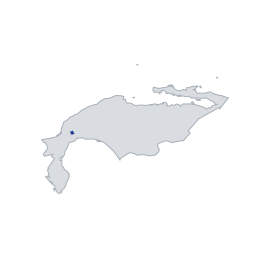 Santiago Jocotepec, Oaxaca, Mexico shown in context, rotated 127°
{"feature_id": "50627088B21737017229754", "entity_name": "Santiago Jocotepec", "entity_type": "district", "adm_level": 2, "iso_a3": "MEX", "parent_name": "Mexico", "parent_adm1": "Oaxaca", "projection": "albers", "projection_center": [-95.984, 17.649], "detail": "fine", "context": "in_parent", "style": "filled", "palette": "blue", "viewbox_px": 256, "rotation_deg": 127, "n_neighbors": 0, "source": "geoboundaries", "source_scale": "gbopen_adm2", "svg_char_len": 4078}
<svg xmlns="http://www.w3.org/2000/svg" viewBox="0 0 256 256"><g transform="rotate(127 128 128)"><path d="M43.6,66.0L57.5,66.3L56.7,67.5L77.9,77.0L94.3,78.2L94.5,75.3L104.7,76.0L106.3,78.1L113.2,84.0L114.7,88.8L115.9,90.6L122.5,94.6L124.7,93.3L126.5,89.9L128.5,89.2L133.3,90.0L137.3,93.9L139.8,99.5L144.4,104.7L144.7,107.9L146.7,111.9L157.0,115.7L158.4,115.2L155.2,125.4L154.0,137.7L154.4,140.4L157.2,144.0L156.6,145.9L156.7,143.9L154.5,140.9L155.2,143.7L157.9,149.5L162.4,155.1L163.4,158.6L166.6,162.2L165.7,162.1L167.6,162.9L167.0,162.4L170.3,162.8L172.8,164.1L174.9,166.3L180.5,164.5L184.7,164.2L187.5,162.8L190.4,162.5L191.0,163.0L190.8,163.7L193.2,164.1L194.8,163.0L194.3,161.2L193.5,161.6L193.7,161.3L198.0,158.1L198.2,155.6L199.4,154.1L199.3,150.1L200.1,147.1L203.3,145.3L209.0,144.2L211.5,143.0L214.3,142.7L219.0,143.5L219.4,142.9L218.2,142.9L219.7,142.3L221.7,143.6L222.1,145.3L221.2,147.8L218.4,151.6L218.3,154.0L216.9,155.6L217.2,156.1L218.5,155.8L217.1,157.4L217.2,158.0L218.1,157.8L216.5,164.0L216.1,164.6L215.0,163.2L214.7,160.9L213.4,163.4L212.0,163.6L210.4,166.8L208.3,166.9L208.2,167.9L196.7,168.3L196.8,172.0L194.1,172.0L200.6,177.6L200.4,179.7L192.3,179.9L189.4,185.2L190.3,186.5L189.3,190.0L183.3,184.2L178.4,180.2L175.5,178.7L175.2,179.1L177.9,180.5L173.7,179.3L174.0,178.3L172.9,178.7L172.2,177.9L171.4,178.8L172.8,179.3L170.7,179.5L168.6,180.8L162.0,183.0L157.7,181.2L154.1,180.8L151.7,179.2L149.3,178.5L147.8,177.0L141.9,175.7L134.7,172.4L130.0,169.2L128.1,167.2L123.2,166.3L118.7,164.4L115.9,161.0L109.6,157.5L106.4,153.0L105.4,150.2L108.0,149.1L107.7,147.9L106.5,147.5L108.3,145.5L108.6,143.1L107.3,142.2L106.1,139.7L106.2,137.5L105.4,135.4L101.9,131.5L98.9,126.9L94.1,122.7L95.5,123.5L95.7,122.7L93.1,121.7L91.3,118.5L92.7,118.7L88.9,116.4L88.5,115.3L87.0,115.6L86.8,115.1L87.9,114.0L86.0,114.8L85.0,113.9L84.9,111.8L86.3,110.2L86.8,110.5L86.0,108.7L84.8,107.4L83.2,107.3L82.3,104.8L80.3,104.1L79.2,103.0L78.6,100.8L79.2,99.5L75.7,98.5L70.2,91.3L69.9,89.6L69.1,89.0L65.9,80.3L65.7,77.8L66.2,77.0L63.0,75.6L62.3,74.2L61.3,73.6L60.0,74.3L55.8,71.3L56.4,73.0L55.6,76.1L56.4,78.7L56.8,83.5L61.0,88.2L62.3,91.1L63.0,91.1L63.2,92.0L63.9,92.1L64.4,94.0L65.7,94.7L66.1,98.6L68.3,100.8L69.0,103.1L70.0,103.9L70.6,106.5L71.6,107.2L71.2,105.3L72.4,106.5L73.6,112.6L75.0,114.4L76.7,118.9L76.3,120.7L76.6,122.3L78.3,124.0L79.0,122.5L83.7,128.5L83.1,130.6L81.0,132.0L79.9,132.1L78.0,127.3L70.6,120.4L69.8,120.4L68.4,118.4L68.2,117.0L68.8,114.2L68.4,111.3L67.3,109.3L63.7,106.5L63.1,104.1L62.3,105.1L60.4,105.3L59.1,103.6L55.6,101.6L55.2,100.2L52.7,98.0L52.5,97.3L55.3,97.9L56.9,97.5L56.8,98.1L58.1,98.9L57.8,97.3L57.1,97.1L58.7,94.1L54.1,87.6L50.1,84.6L49.4,83.2L49.6,81.0L48.6,80.2L48.5,77.6L47.3,76.4L47.2,74.9L45.6,72.4L45.3,71.3L46.0,70.6L44.8,69.6L43.6,66.0ZM69.9,91.3L69.3,92.8L68.0,92.2L68.7,89.9L69.6,89.8L69.9,91.3ZM64.4,90.5L62.5,88.7L62.1,86.9L63.1,87.6L63.2,88.6L64.2,88.9L64.4,90.5ZM221.3,151.0L220.8,150.5L221.0,149.7L222.3,149.1L221.3,151.0ZM68.3,120.3L67.0,118.6L68.1,115.4L67.6,118.3L68.3,120.3ZM51.9,95.7L50.8,95.4L51.7,93.7L52.1,95.1L51.9,95.7ZM34.5,88.1L33.7,86.9L33.9,86.4L34.3,86.5L34.5,88.1ZM69.5,120.4L70.3,121.8L68.6,120.4L69.5,120.4ZM100.7,141.9L100.5,142.4L100.1,142.2L99.9,141.3L100.7,141.9ZM77.4,117.8L77.6,118.8L76.8,117.5L77.4,117.8ZM74.4,111.0L74.9,111.5L74.0,112.3L74.4,111.0ZM72.2,158.9L71.8,159.0L71.3,158.6L71.8,158.1L72.2,158.9ZM192.4,162.5L191.4,162.7L193.1,162.1L192.4,162.5ZM81.8,123.7L81.3,123.6L81.3,122.6L81.8,123.7Z" fill="#d9dde1" stroke="#a8b0b8" stroke-width="1"/><path d="M164.5,169.7L164.5,169.8L164.4,170.0L164.6,170.0L164.8,170.2L164.9,170.3L165.0,170.3L165.2,170.5L165.2,170.4L165.2,170.5L165.3,170.5L165.5,170.8L165.8,170.8L165.9,170.7L165.7,170.6L165.9,170.4L166.0,170.3L166.0,170.2L166.1,169.9L166.1,169.7L165.9,169.6L165.9,169.4L166.0,169.3L165.9,169.3L165.8,169.2L165.8,168.9L165.7,168.9L165.4,168.8L165.5,168.8L165.4,168.7L165.4,168.8L165.2,168.8L165.0,169.0L164.9,169.0L164.7,169.1L164.6,169.3L164.6,169.2L164.6,169.3L164.6,169.5L164.5,169.7Z" fill="#3b82f6" stroke="#1e3a8a" stroke-width="1.5"/></g></svg>